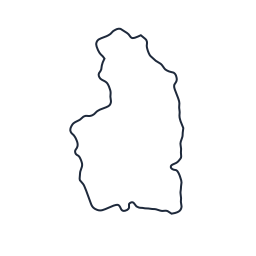 outline of Imbert, Puerto Plata, Dominican Republic, rotated 249°
{"feature_id": "3306468B41298949605028", "entity_name": "Imbert", "entity_type": "district", "adm_level": 2, "iso_a3": "DOM", "parent_name": "Dominican Republic", "parent_adm1": "Puerto Plata", "projection": "mercator", "projection_center": [-70.857, 19.757], "detail": "fine", "context": "isolated", "style": "outline", "palette": "slate", "viewbox_px": 256, "rotation_deg": 249, "n_neighbors": 0, "source": "geoboundaries", "source_scale": "gbopen_adm2", "svg_char_len": 3412}
<svg xmlns="http://www.w3.org/2000/svg" viewBox="0 0 256 256"><g transform="rotate(249 128 128)"><path d="M210.0,173.2L209.8,169.9L209.8,166.9L210.0,165.5L210.2,164.9L210.4,164.3L210.8,163.8L211.8,163.1L215.3,162.1L217.1,161.1L222.9,156.8L223.3,156.4L223.9,155.2L224.1,154.5L224.3,153.1L224.2,151.6L224.0,150.1L223.7,148.7L222.1,145.3L221.6,143.0L221.4,140.7L221.4,135.1L221.2,132.8L221.1,132.1L220.5,130.8L220.1,130.2L219.2,129.3L218.2,128.6L217.5,128.3L215.3,127.9L211.6,127.9L208.6,128.3L206.6,128.9L203.8,130.2L201.2,130.9L198.4,128.0L195.8,126.0L193.5,124.7L192.4,124.1L191.1,122.8L189.5,120.5L189.0,120.2L188.5,119.8L187.4,119.5L186.7,119.4L185.5,119.5L184.2,119.8L183.6,120.1L182.4,120.9L179.8,123.2L178.6,124.0L178.0,124.3L177.3,124.6L175.9,124.9L173.6,125.1L170.6,125.0L169.1,124.9L167.7,124.6L166.4,124.1L163.6,122.8L159.1,121.7L157.9,121.1L156.9,120.3L156.1,119.3L155.8,118.7L155.4,117.4L155.2,115.2L155.2,108.4L154.9,106.2L154.6,104.8L153.1,101.4L152.7,99.4L152.7,98.1L152.9,96.7L153.3,95.5L154.1,93.9L154.5,92.8L154.6,91.5L154.5,90.3L153.0,86.2L152.8,84.9L152.4,80.8L151.9,78.7L151.2,77.4L150.4,76.3L148.9,74.7L147.8,73.9L146.5,73.3L145.9,73.2L144.5,73.2L143.3,73.5L140.6,74.8L138.5,75.3L137.1,75.5L134.8,75.6L133.3,75.6L131.8,75.4L130.4,75.0L129.2,74.4L127.8,73.2L126.2,71.0L125.8,70.6L124.8,70.1L123.7,69.9L122.5,70.0L122.0,70.2L121.1,70.7L120.0,71.6L119.5,71.9L118.3,72.3L116.9,72.5L114.7,72.6L112.5,72.5L111.0,72.3L109.6,71.8L108.4,71.1L104.5,67.9L103.3,67.2L98.3,64.8L97.2,64.5L96.4,64.4L91.9,66.0L90.5,66.3L88.9,66.4L84.3,66.5L71.8,66.3L69.5,66.3L67.9,66.5L66.5,66.9L65.2,67.6L64.1,68.4L62.6,69.9L61.7,71.1L61.1,72.3L60.8,73.1L60.5,74.6L60.4,77.8L60.7,86.7L60.5,88.9L60.2,90.3L59.9,90.9L59.5,91.4L58.9,91.8L58.4,92.0L57.1,92.3L54.6,92.5L53.4,92.9L52.9,93.3L52.4,93.8L52.1,94.4L51.8,95.7L51.8,97.7L52.2,99.0L52.5,99.6L52.9,100.1L53.4,100.5L56.2,101.5L56.7,101.8L57.0,102.3L57.2,102.8L57.4,103.9L57.3,105.0L57.0,105.6L56.7,106.0L55.7,106.6L53.0,107.4L51.8,107.8L50.9,108.6L50.0,109.5L49.3,110.5L48.2,112.9L46.9,115.1L45.6,118.1L43.8,121.4L42.7,123.9L42.0,125.1L39.4,128.4L38.6,129.6L38.1,130.8L37.4,133.2L36.9,134.3L36.2,135.2L32.4,138.0L31.8,141.4L31.7,143.5L31.8,144.9L32.1,146.3L32.4,146.9L32.7,147.5L33.5,148.5L34.5,149.3L35.6,149.9L40.1,150.9L43.5,152.4L46.2,153.1L48.1,153.6L49.3,154.0L52.1,155.5L54.5,156.6L57.9,158.4L60.0,158.9L63.0,159.1L65.2,159.2L67.4,159.1L68.8,158.9L70.1,158.6L71.2,158.0L71.6,157.5L72.7,155.7L73.8,154.6L74.8,154.1L75.3,153.9L75.9,153.9L76.5,154.1L77.0,154.4L77.4,154.9L77.7,155.5L77.9,156.7L78.1,160.2L78.2,160.9L78.6,162.3L79.1,163.4L80.3,165.5L81.0,166.5L81.4,166.9L82.5,167.5L86.1,168.6L89.5,170.1L90.8,170.4L93.3,171.0L94.7,171.4L96.4,172.4L99.4,174.9L100.4,175.7L101.5,176.3L104.0,177.4L108.1,179.6L115.5,179.5L117.7,179.7L119.2,179.9L121.2,180.5L124.0,181.8L125.3,182.2L128.5,183.0L129.7,183.5L132.6,184.8L134.7,185.3L137.7,185.5L147.0,185.5L148.4,185.6L149.8,185.8L151.0,186.3L151.6,186.6L152.0,187.0L153.7,189.3L154.5,190.1L155.6,190.8L156.3,191.1L157.7,191.4L159.9,191.6L161.3,191.4L161.9,191.2L163.1,190.6L163.5,190.2L164.9,188.2L166.1,186.6L167.6,185.1L169.3,183.8L170.6,183.3L174.4,182.3L175.7,181.8L176.9,181.0L180.8,178.0L187.1,174.8L188.5,174.4L190.7,174.2L193.0,174.2L195.3,174.4L196.7,174.6L198.1,175.0L200.3,176.1L201.4,176.5L202.0,176.6L203.3,176.6L203.9,176.5L205.1,176.0L210.0,173.2Z" fill="none" stroke="#1e293b" stroke-width="2"/></g></svg>